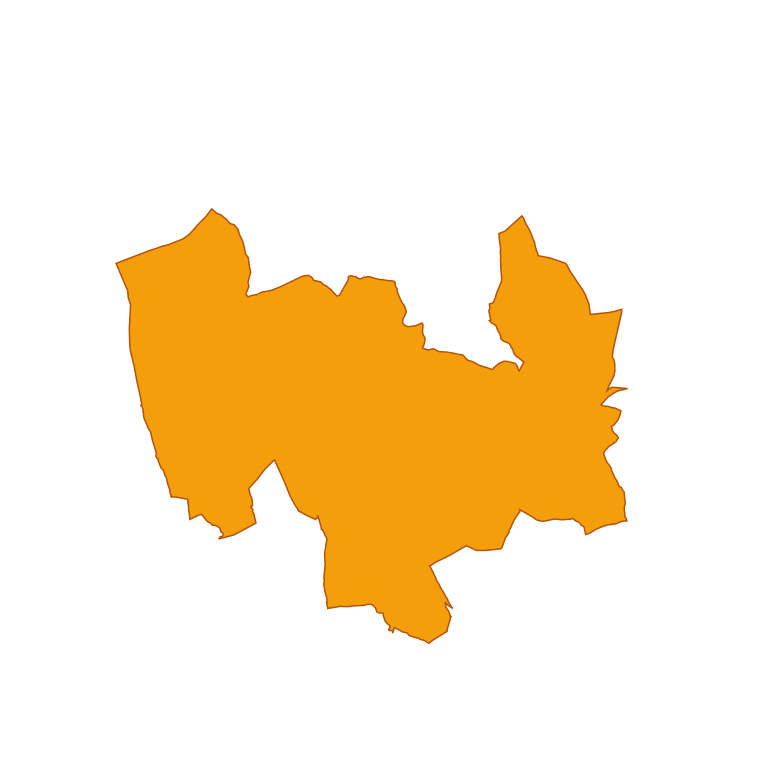 the district of Vennesla nor, Vest-Agder, Norway, rotated 327°
{"feature_id": "86288312B87147956600326", "entity_name": "Vennesla nor", "entity_type": "district", "adm_level": 2, "iso_a3": "NOR", "parent_name": "Norway", "parent_adm1": "Vest-Agder", "projection": "orthographic", "projection_center": [7.811, 58.34], "detail": "fine", "context": "isolated", "style": "filled", "palette": "amber", "viewbox_px": 768, "rotation_deg": 327, "n_neighbors": 0, "source": "geoboundaries", "source_scale": "gbopen_adm2", "svg_char_len": 6171}
<svg xmlns="http://www.w3.org/2000/svg" viewBox="0 0 768 768"><g transform="rotate(327 384 384)"><path d="M584.4,499.2L587.9,493.9L589.0,491.6L590.1,488.5L590.0,486.5L591.7,483.7L596.1,478.8L622.0,453.6L624.0,450.9L616.4,448.5L611.3,446.4L595.0,438.0L599.5,428.3L601.5,418.7L601.9,412.7L601.6,405.0L601.7,396.5L601.5,394.1L601.6,389.6L602.2,383.9L602.0,381.7L591.4,368.2L583.0,360.2L583.9,358.8L584.6,354.9L586.0,350.4L587.4,347.4L587.8,344.6L589.8,335.4L590.3,326.2L591.4,320.8L591.2,318.1L568.8,321.7L562.3,320.4L558.3,327.8L556.0,333.2L552.5,338.0L551.6,340.4L550.3,341.8L545.0,350.6L540.8,358.6L538.3,362.0L529.0,368.4L525.2,371.3L524.8,372.4L522.9,373.1L521.2,374.5L519.3,375.2L515.9,374.3L514.0,378.5L511.9,379.5L509.7,384.8L508.5,388.5L506.9,388.1L507.3,391.0L508.9,393.9L509.7,396.8L508.8,399.5L508.1,407.2L506.5,409.5L507.5,413.1L510.2,416.8L511.2,419.0L511.0,421.4L510.4,422.7L510.9,423.9L510.5,426.2L509.7,428.5L509.7,430.4L510.3,433.5L511.2,435.4L512.5,439.8L513.5,441.7L504.5,446.6L504.4,445.8L505.3,442.2L505.5,440.1L505.2,438.3L503.3,435.8L501.1,433.9L500.4,432.7L497.1,430.3L491.9,429.3L484.6,430.2L483.1,431.0L482.4,430.5L478.7,425.7L473.8,419.9L470.9,414.1L466.9,409.2L466.2,403.7L465.7,402.3L461.5,398.7L460.0,396.9L453.8,391.2L448.2,387.1L446.7,385.5L445.4,382.3L444.6,381.3L439.7,379.6L436.1,375.3L436.3,374.3L438.9,372.9L443.1,368.5L443.5,367.4L443.7,363.9L444.8,361.1L448.6,356.1L449.2,354.9L449.1,353.8L448.2,353.3L442.3,352.3L437.7,350.3L435.3,348.8L434.3,347.6L433.5,346.1L432.9,344.1L433.2,342.3L434.7,340.3L440.7,336.6L441.9,335.6L442.5,334.5L442.7,332.7L443.6,330.9L443.6,323.7L445.2,314.5L445.3,313.8L446.9,311.3L446.9,309.2L447.2,307.2L448.5,305.1L448.4,303.5L447.9,302.8L442.8,298.7L439.4,295.5L437.5,294.2L432.6,289.1L431.5,287.3L429.8,285.9L428.2,284.8L426.6,284.6L426.3,283.9L425.5,283.5L422.4,283.3L421.2,282.8L419.6,280.9L418.7,278.2L417.3,277.7L415.8,275.6L414.1,274.6L412.5,274.8L410.5,277.3L395.0,285.3L392.9,284.9L392.2,283.9L390.9,275.7L390.2,274.6L389.4,271.0L387.4,267.7L386.8,264.2L381.5,258.7L381.6,255.3L379.8,251.8L374.9,249.2L350.0,246.0L341.8,244.4L337.8,243.1L332.0,240.5L325.8,239.7L322.0,237.9L317.4,236.8L317.1,233.3L324.0,228.5L325.2,224.7L333.0,217.7L334.9,212.5L339.0,204.1L338.7,199.8L342.9,188.7L343.8,183.8L344.1,180.1L345.8,174.8L345.1,168.9L342.4,165.8L341.8,163.4L341.6,160.6L339.3,153.3L336.9,150.2L334.8,143.3L325.8,146.6L314.6,149.0L302.7,152.4L294.2,152.8L278.5,149.6L272.0,147.3L268.2,146.6L261.0,144.6L225.0,136.9L219.8,166.3L216.5,172.4L214.7,179.4L200.7,198.6L191.7,213.3L189.5,217.8L183.9,233.6L178.6,246.2L172.4,262.8L169.4,269.9L168.4,269.6L168.6,271.5L168.3,273.3L168.1,273.4L167.2,275.8L166.6,276.2L166.1,278.3L165.1,279.3L163.9,283.0L163.2,287.7L162.1,292.6L162.2,296.8L159.1,305.3L155.6,317.4L153.2,320.6L153.0,322.3L153.9,323.4L152.8,325.4L151.4,332.6L151.3,333.9L152.0,335.7L151.4,338.6L150.4,341.6L150.6,342.2L150.3,344.3L148.5,349.2L146.6,356.2L146.8,356.6L145.9,357.1L144.8,360.2L145.2,361.4L144.2,361.9L144.0,363.0L145.3,363.5L148.7,366.2L156.3,373.5L156.3,374.6L155.7,375.2L155.6,376.0L155.0,376.5L153.9,379.1L151.8,382.7L149.5,388.0L147.4,391.8L157.5,393.1L160.1,394.2L160.8,402.5L162.9,407.0L163.3,409.0L165.4,410.6L167.1,413.2L167.8,415.6L167.8,416.4L167.1,417.1L167.1,418.0L166.7,418.9L166.8,419.8L167.1,420.0L167.3,421.0L167.7,421.3L167.5,422.5L165.7,423.8L163.4,422.9L162.7,423.6L161.4,423.8L161.4,424.1L176.1,428.9L200.9,430.9L204.2,421.8L204.3,419.3L205.7,417.8L205.6,416.6L205.2,416.3L205.1,415.8L205.5,415.3L205.5,414.6L207.0,414.0L207.4,414.4L209.4,411.1L211.1,407.1L211.2,405.4L212.2,401.8L213.7,397.9L225.2,395.0L237.0,390.8L248.0,388.4L250.8,388.1L247.3,411.3L244.1,427.5L243.4,438.6L243.6,440.9L243.2,442.7L243.3,444.3L244.2,445.4L244.1,445.7L248.0,452.6L252.7,460.3L256.2,459.6L256.8,458.1L256.4,459.9L255.7,460.7L255.9,461.3L255.7,461.7L255.8,462.4L255.6,462.5L253.4,469.6L252.3,471.9L253.0,472.5L252.8,472.8L253.1,474.0L252.1,479.4L252.0,482.5L241.8,493.9L236.4,503.3L228.7,512.9L227.1,515.6L227.1,516.2L224.4,519.0L221.0,527.1L219.7,531.4L218.2,534.9L216.9,535.8L216.9,536.5L215.3,539.1L215.2,540.6L214.6,541.6L226.1,546.6L232.3,551.0L238.4,553.9L246.8,558.9L248.3,559.1L253.0,561.3L254.3,564.1L254.9,566.8L254.2,570.1L253.8,570.9L254.6,572.5L255.7,573.7L258.5,575.7L258.0,577.0L257.4,577.5L255.8,583.5L256.0,585.1L256.5,587.7L257.2,589.4L257.3,590.6L256.6,590.8L255.7,591.9L254.2,592.3L254.0,593.5L256.8,595.4L255.9,597.2L256.1,597.3L259.9,593.9L263.2,599.2L264.1,601.6L267.9,605.5L268.1,608.4L268.3,608.8L272.9,614.7L273.8,615.0L274.6,616.2L275.1,617.7L278.0,620.8L280.4,625.9L285.4,625.4L302.2,625.8L304.2,623.5L311.8,617.0L312.6,615.4L313.6,615.7L313.5,614.5L314.5,609.7L314.2,607.7L314.5,606.1L314.5,604.2L315.1,603.1L315.7,603.1L315.6,602.3L315.9,602.2L315.9,601.7L316.6,599.9L316.5,601.1L317.3,604.7L319.5,609.7L319.2,607.1L319.4,601.7L320.1,598.8L319.9,597.5L320.4,591.7L320.5,585.5L321.2,581.0L321.0,580.5L321.0,578.6L321.9,573.7L322.8,566.5L323.2,561.2L324.0,561.3L324.2,561.7L330.6,561.6L344.0,563.3L364.6,564.5L366.1,566.3L370.8,573.8L378.9,579.1L392.1,585.8L393.0,585.8L395.3,584.4L401.7,579.4L407.9,576.7L408.7,575.4L409.7,574.5L410.8,574.2L419.3,568.8L429.0,564.6L429.4,563.3L436.3,576.7L437.9,581.0L440.6,584.1L443.9,586.4L453.5,590.1L459.4,594.9L466.5,598.7L466.5,599.0L469.3,599.6L469.4,600.8L470.4,603.7L471.9,605.6L472.6,608.5L472.4,610.0L473.9,612.0L473.7,613.5L471.1,620.1L475.5,621.2L482.8,621.3L491.1,622.8L495.3,624.2L502.7,627.7L506.8,628.3L510.4,629.4L513.1,631.1L513.9,628.6L513.9,626.3L515.7,623.3L516.7,620.8L518.1,618.8L522.2,614.4L523.5,611.0L526.5,605.7L526.3,602.7L526.7,600.1L525.5,597.9L526.6,591.7L526.5,588.6L527.0,586.3L527.5,581.9L528.3,578.7L528.9,577.5L528.4,571.9L528.6,568.8L530.3,561.9L532.9,560.3L536.8,559.4L537.9,558.8L547.2,558.7L551.2,556.8L551.4,554.4L550.3,550.4L550.2,548.3L551.5,543.3L554.2,543.7L559.4,542.1L563.5,539.8L564.4,538.6L565.6,538.2L568.1,535.5L564.8,530.2L562.6,528.3L559.8,525.0L555.9,521.8L554.8,519.5L566.0,516.6L567.0,517.0L571.5,516.7L576.4,517.2L585.8,520.5L573.6,511.0L571.6,510.6L567.4,511.1L571.0,508.5L581.2,502.4L584.4,499.2Z" fill="#f59e0b" stroke="#b45309" stroke-width="1.5"/></g></svg>